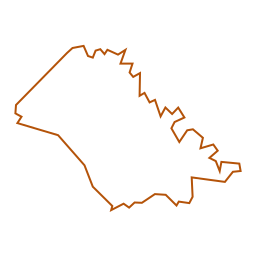 outline of Bath, Kentucky, United States of America
{"feature_id": "52423323B79890257975212", "entity_name": "Bath", "entity_type": "district", "adm_level": 2, "iso_a3": "USA", "parent_name": "United States of America", "parent_adm1": "Kentucky", "projection": "natural_earth1", "projection_center": [-83.678, 38.15], "detail": "fine", "context": "isolated", "style": "outline", "palette": "amber", "viewbox_px": 256, "rotation_deg": 0, "n_neighbors": 0, "source": "geoboundaries", "source_scale": "gbopen_adm2", "svg_char_len": 851}
<svg xmlns="http://www.w3.org/2000/svg" viewBox="0 0 256 256"><path d="M224.9,181.9L232.9,171.8L240.6,171.0L239.3,163.6L221.4,161.9L219.7,171.1L215.8,161.1L209.4,157.9L217.7,150.7L213.3,144.5L200.5,148.3L202.9,137.8L192.9,129.3L187.2,130.3L179.3,142.0L171.4,128.3L174.6,122.0L184.4,117.5L178.2,107.6L172.1,114.0L165.4,107.5L160.6,116.4L155.0,99.9L149.6,102.4L144.5,92.9L139.6,95.8L140.0,73.1L133.2,76.9L129.6,72.5L132.5,63.6L120.5,63.6L125.4,49.9L118.0,54.6L107.4,49.8L104.5,54.1L100.3,49.2L95.6,50.6L92.8,57.6L88.0,56.0L83.6,45.9L72.5,48.0L67.0,53.0L16.0,105.0L15.4,113.4L21.5,116.7L17.4,123.1L58.1,135.2L84.5,165.3L92.8,186.7L112.3,206.0L111.2,210.1L123.6,203.7L129.1,207.6L134.6,202.5L141.9,202.8L154.9,194.1L165.7,194.8L176.5,205.5L178.8,201.6L189.3,203.1L192.6,196.8L191.7,177.4L224.9,181.9Z" fill="none" stroke="#b45309" stroke-width="2"/></svg>